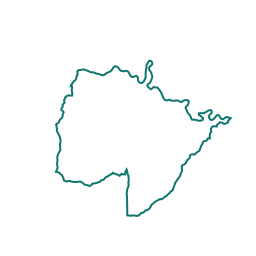 the district of Santa Helena de Goiás, Goiás, Brazil, rotated 318°
{"feature_id": "56859067B47067738427104", "entity_name": "Santa Helena de Goiás", "entity_type": "district", "adm_level": 2, "iso_a3": "BRA", "parent_name": "Brazil", "parent_adm1": "Goiás", "projection": "albers", "projection_center": [-50.546, -17.788], "detail": "fine", "context": "isolated", "style": "outline", "palette": "teal", "viewbox_px": 256, "rotation_deg": 318, "n_neighbors": 0, "source": "geoboundaries", "source_scale": "gbopen_adm2", "svg_char_len": 4597}
<svg xmlns="http://www.w3.org/2000/svg" viewBox="0 0 256 256"><g transform="rotate(318 128 128)"><path d="M129.9,51.8L128.2,52.0L126.3,54.7L125.3,54.5L124.4,55.2L123.5,56.0L122.6,56.7L121.1,57.2L119.4,57.0L118.1,57.2L116.1,57.7L114.3,58.0L113.3,58.7L114.3,59.6L113.6,60.6L112.4,61.5L111.4,62.2L110.9,63.3L110.2,64.2L109.2,65.6L108.2,66.5L106.7,65.2L105.3,63.6L103.3,63.3L101.8,63.2L100.5,64.1L98.8,64.8L97.7,66.8L96.5,66.7L94.8,67.2L93.4,68.6L91.6,68.9L90.5,70.1L90.9,71.8L90.8,73.2L89.5,73.9L88.1,74.6L86.9,75.8L84.9,76.3L83.5,76.3L81.8,76.7L80.1,77.6L78.7,77.3L76.8,77.3L76.5,78.5L75.4,79.5L74.9,81.0L73.8,81.6L73.0,82.9L72.5,85.2L72.1,86.5L71.5,88.9L70.6,90.4L69.8,91.9L68.5,93.3L66.5,94.4L65.9,95.6L65.0,96.4L63.9,98.0L62.8,99.3L60.9,99.8L58.5,100.7L56.9,101.6L55.7,102.6L54.6,104.0L53.3,105.6L51.8,106.6L50.7,107.9L50.0,109.1L49.1,110.5L47.4,111.3L45.1,112.4L46.8,114.7L47.0,116.2L47.3,119.3L46.6,121.7L45.7,123.3L45.3,124.4L46.4,126.6L48.2,127.5L49.2,128.1L49.8,129.5L50.9,130.9L52.3,132.6L54.3,134.3L56.5,135.5L57.4,137.3L57.6,138.8L57.8,140.9L58.9,142.4L60.0,144.0L60.5,145.3L62.5,145.9L64.2,145.5L66.3,146.9L67.8,147.8L69.8,148.5L71.1,149.2L72.4,149.0L73.6,149.2L75.4,150.2L77.5,149.7L80.4,150.2L82.3,150.7L84.1,150.9L85.2,151.4L86.6,151.0L87.3,152.7L88.1,153.6L88.4,154.7L89.4,156.4L89.7,157.9L91.4,157.9L92.5,157.7L93.4,159.4L94.8,160.5L96.4,159.1L99.1,157.9L98.6,159.4L97.8,160.6L96.9,161.9L96.4,163.7L95.6,164.7L94.5,166.3L93.1,167.7L91.8,168.7L90.8,170.2L89.8,171.4L88.6,171.9L86.4,173.0L85.1,174.3L83.9,175.1L82.6,176.4L81.9,177.7L69.0,192.5L69.8,193.3L70.8,194.3L71.5,195.2L73.5,196.5L74.6,197.9L75.8,199.3L76.9,200.0L78.0,200.2L80.0,200.2L81.4,200.1L82.9,201.2L84.1,201.1L85.3,200.9L86.5,201.3L87.5,202.0L89.7,202.2L91.4,202.0L93.8,200.8L96.6,201.0L98.3,200.9L100.6,201.3L101.9,201.6L103.0,202.0L104.4,202.2L105.2,203.5L106.6,203.7L109.0,203.8L110.9,204.2L113.0,204.1L115.5,204.2L116.9,203.7L118.1,203.9L119.6,204.1L121.8,202.8L123.2,202.2L124.8,201.3L126.0,200.5L127.4,200.1L128.6,199.9L130.3,199.3L133.0,198.9L134.5,198.5L136.7,197.1L137.8,196.8L138.9,196.3L139.8,195.6L140.5,194.7L141.2,193.9L142.0,192.8L142.9,192.1L144.9,192.6L147.6,192.8L150.1,191.5L152.0,191.7L153.6,191.5L154.8,190.6L156.2,189.8L157.3,190.1L158.2,190.7L159.2,191.8L160.2,192.3L162.5,192.1L164.4,192.5L166.1,192.6L167.3,191.8L168.6,191.3L170.6,190.1L171.9,189.9L173.3,189.3L174.2,188.7L175.5,188.6L176.5,189.3L177.8,189.9L179.0,190.0L179.8,189.1L180.9,189.5L182.0,190.5L183.0,189.0L184.6,187.6L186.0,186.6L187.5,186.5L188.0,185.4L189.3,184.0L191.1,183.5L192.7,183.9L193.5,184.7L195.0,186.3L196.5,185.2L198.2,185.4L200.0,185.1L201.5,187.2L201.9,188.4L202.3,189.5L204.0,190.2L206.1,190.8L207.5,189.5L209.3,189.7L210.9,189.4L210.1,188.4L209.3,186.4L208.0,185.5L204.6,185.1L203.5,184.0L203.5,182.1L203.9,180.7L204.1,179.5L203.3,178.3L201.4,178.1L198.5,178.6L196.9,178.6L195.6,178.1L194.8,176.9L195.1,174.6L195.9,173.4L197.2,172.9L199.2,172.9L200.5,172.6L201.5,171.5L201.5,170.2L199.6,168.8L198.1,168.6L196.5,168.3L194.5,167.7L193.5,167.2L192.1,165.7L190.5,164.5L189.5,165.4L189.9,167.7L190.2,169.1L190.4,170.8L189.1,171.9L187.3,171.4L185.8,170.3L184.5,168.5L183.7,167.2L182.7,165.9L181.2,164.8L181.2,163.6L182.1,161.7L182.5,159.3L182.6,156.9L183.1,155.0L183.5,153.9L184.1,151.9L184.9,151.0L186.9,151.0L188.8,150.6L190.1,149.7L191.2,148.4L190.7,147.0L189.9,146.1L188.5,145.3L187.1,144.5L185.7,144.8L184.4,143.6L183.9,142.3L183.3,140.7L182.0,139.6L181.0,139.0L180.0,138.3L178.4,136.4L178.0,135.0L176.9,134.3L175.4,133.6L174.5,132.5L174.2,130.6L174.4,129.2L175.0,127.8L175.9,125.0L176.6,123.2L176.6,122.0L176.9,120.7L176.9,117.6L175.7,116.5L174.4,114.6L172.1,114.8L170.7,114.3L170.5,111.4L170.5,109.5L172.0,108.8L173.5,109.1L174.6,109.1L176.3,108.4L178.9,107.2L180.4,106.2L181.4,104.2L182.2,102.5L182.6,100.4L182.8,98.7L183.5,97.8L184.9,96.9L186.1,97.0L188.2,97.0L189.5,96.1L189.9,94.8L189.9,93.6L188.7,92.3L186.2,92.8L184.9,93.3L183.8,93.7L182.8,94.7L182.0,95.7L180.8,96.4L179.3,97.5L178.3,98.6L176.9,100.0L175.9,101.2L174.7,102.4L172.9,103.2L171.1,103.9L168.9,104.0L167.6,103.2L166.9,100.8L167.3,99.2L168.7,97.8L169.2,96.4L169.1,94.8L167.2,94.0L165.6,93.4L164.8,91.8L165.0,89.5L165.8,87.0L165.6,85.3L164.8,84.2L163.7,83.7L162.2,82.4L161.5,81.5L160.9,80.3L160.9,78.2L161.2,76.3L160.3,73.8L158.7,73.3L157.3,73.2L156.3,73.6L154.5,74.2L152.7,74.0L150.6,73.5L149.2,72.9L146.6,72.7L145.0,72.3L144.0,71.3L143.3,69.9L142.1,67.8L140.5,66.0L140.1,64.4L139.5,63.3L138.0,62.2L137.1,60.5L136.8,59.4L135.8,57.7L135.1,56.0L133.9,54.5L132.5,53.6L131.1,52.9L129.9,51.8Z" fill="none" stroke="#0f766e" stroke-width="2"/></g></svg>